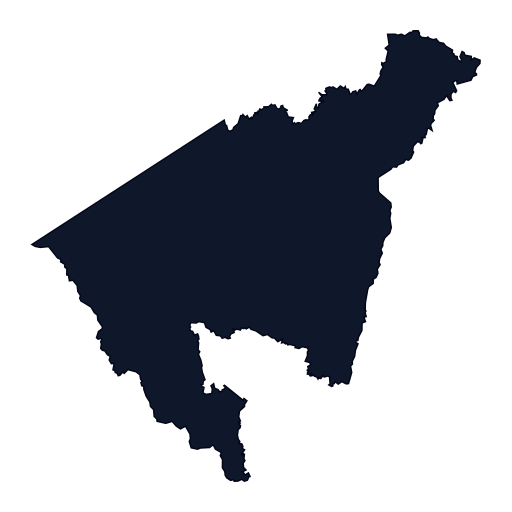 Maceo, Antioquia, Colombia
{"feature_id": "7082276B28427937115124", "entity_name": "Maceo", "entity_type": "district", "adm_level": 2, "iso_a3": "COL", "parent_name": "Colombia", "parent_adm1": "Antioquia", "projection": "natural_earth1", "projection_center": [-74.692, 6.525], "detail": "fine", "context": "isolated", "style": "filled", "palette": "ink", "viewbox_px": 512, "rotation_deg": 0, "n_neighbors": 0, "source": "geoboundaries", "source_scale": "gbopen_adm2", "svg_char_len": 5998}
<svg xmlns="http://www.w3.org/2000/svg" viewBox="0 0 512 512"><path d="M109.2,360.0L111.4,363.7L114.2,363.4L113.0,369.8L114.9,370.7L115.3,372.6L117.0,373.0L118.2,375.7L119.9,375.3L123.0,371.8L124.2,373.4L127.8,369.6L136.1,371.8L139.9,374.8L140.6,379.0L142.1,381.5L140.9,382.7L141.9,385.9L143.8,386.2L143.8,389.3L146.2,396.2L149.9,402.1L150.5,406.5L153.6,409.6L154.2,416.5L156.8,418.9L157.1,421.3L165.7,423.3L172.2,421.4L176.3,426.1L180.4,428.9L185.5,426.2L190.0,434.1L190.4,438.9L189.3,441.4L191.2,447.8L197.5,449.2L200.4,448.0L209.7,447.5L212.1,445.3L213.6,445.5L215.4,449.1L221.4,452.6L220.3,455.7L222.5,459.5L222.4,467.8L224.8,471.5L225.2,475.2L226.7,477.8L230.6,480.4L233.2,479.7L234.3,481.3L238.2,481.0L241.6,479.3L244.4,481.2L247.4,480.2L248.9,476.7L250.0,476.5L248.4,472.9L245.0,475.0L242.8,471.6L246.0,470.0L243.6,467.5L243.2,463.3L244.9,460.5L243.9,458.9L244.4,454.3L243.3,453.6L242.4,455.3L241.3,454.4L244.6,449.8L242.3,448.5L242.9,446.3L241.7,443.8L238.7,443.3L239.8,441.5L238.3,439.3L237.4,435.3L238.1,429.8L240.2,427.5L240.5,425.6L239.2,424.4L240.2,423.1L238.6,422.3L240.4,421.0L238.7,416.9L239.5,411.1L244.6,406.4L244.4,404.6L246.9,400.8L244.0,398.5L243.1,400.3L224.5,385.3L223.8,385.8L225.2,387.3L224.9,388.6L222.3,389.9L221.8,391.5L219.6,391.7L217.9,389.5L214.8,388.4L213.6,383.7L211.0,385.8L212.3,388.9L211.8,393.5L206.1,394.4L202.9,392.9L204.0,387.4L201.8,386.5L201.0,384.9L202.9,384.4L203.3,381.0L205.0,379.7L202.3,372.3L201.5,367.7L202.1,365.6L200.8,360.0L198.4,354.3L199.7,351.7L198.1,349.8L198.6,342.7L197.5,340.7L198.9,339.2L198.5,336.1L197.6,333.9L194.4,335.1L192.6,331.4L190.3,330.8L189.8,327.7L190.6,327.0L189.7,325.2L190.9,322.7L196.4,323.0L198.5,321.6L204.4,322.6L206.0,327.3L210.2,329.6L211.1,332.1L213.8,330.8L216.3,335.3L220.4,335.8L222.2,338.3L224.9,337.3L228.1,338.8L230.3,338.1L229.5,336.3L231.1,333.8L234.2,332.5L233.2,329.4L234.4,330.4L236.4,329.1L240.5,330.0L241.4,327.7L243.5,328.6L245.0,327.9L246.2,328.9L249.4,327.1L250.9,329.2L256.1,331.0L263.0,335.7L267.4,334.5L272.2,337.9L274.4,338.0L277.8,341.7L282.5,339.2L281.6,342.9L283.6,342.4L285.5,343.9L286.7,343.2L287.8,344.9L289.5,344.4L295.3,345.7L295.1,347.6L299.0,348.5L302.1,346.7L307.7,347.9L308.4,350.8L307.4,351.9L307.5,355.6L305.2,361.3L309.9,362.5L310.5,365.0L307.8,366.5L308.5,369.2L307.3,370.1L308.9,371.1L307.6,372.0L307.4,374.1L309.0,374.1L309.8,375.4L311.2,374.1L311.0,375.9L313.9,375.1L314.4,376.2L316.9,377.0L318.0,379.0L318.6,377.9L320.8,378.5L323.1,375.4L324.2,377.0L327.8,376.0L329.5,376.7L330.1,383.8L328.8,384.9L331.6,386.5L332.9,385.9L333.0,383.4L334.2,383.6L335.3,381.7L338.2,384.1L341.8,381.6L346.2,383.9L348.5,383.6L351.7,372.5L350.5,366.0L352.4,364.2L352.3,361.1L354.6,356.5L355.4,350.4L358.0,343.8L355.8,342.4L355.9,340.8L357.8,340.5L358.5,337.0L361.9,330.5L362.1,323.0L365.5,321.6L363.8,317.2L366.2,316.6L365.1,312.6L365.9,311.0L365.2,310.0L365.4,302.6L367.7,289.5L368.7,286.7L373.2,283.4L373.3,279.1L376.0,277.5L377.9,273.3L377.3,269.0L380.1,264.7L379.1,262.5L379.6,258.7L382.3,253.1L380.8,249.2L382.7,245.9L382.9,242.4L384.8,237.8L389.7,233.0L391.3,227.5L389.8,218.4L390.7,213.3L389.8,210.3L391.2,207.2L390.8,203.0L379.4,193.0L378.3,190.9L378.1,177.5L390.9,169.2L392.6,166.8L396.5,167.1L398.1,164.8L403.6,162.7L405.7,159.4L408.5,160.2L411.0,158.1L413.6,152.1L412.6,150.4L413.3,146.1L417.2,141.9L419.5,142.0L420.8,143.7L421.8,143.2L422.8,138.9L421.8,137.6L425.2,137.6L424.7,135.3L426.1,134.6L427.4,128.6L428.9,128.2L432.1,130.5L430.6,125.5L431.1,123.5L434.2,120.3L433.1,118.9L433.3,115.7L434.6,113.8L435.0,110.1L438.3,105.7L437.3,102.8L443.9,99.4L446.5,95.5L449.8,100.6L451.9,100.3L450.9,97.7L451.0,94.2L453.2,91.2L455.6,92.5L456.6,90.7L452.8,82.6L455.0,80.7L456.8,80.7L457.2,84.0L471.0,80.2L472.7,76.6L476.5,75.0L476.4,73.7L474.7,72.5L476.4,67.4L479.9,63.5L480.1,60.2L474.2,57.9L471.3,60.0L471.3,56.4L464.9,55.2L464.1,52.6L462.1,51.5L460.0,56.6L461.5,59.8L460.6,61.8L457.7,59.7L457.2,56.6L454.3,55.8L453.9,53.9L452.2,53.1L452.5,50.1L445.6,46.0L443.6,43.3L439.0,42.4L436.1,38.9L433.6,39.7L429.6,38.6L427.8,37.0L426.5,37.9L421.6,37.4L419.3,35.2L419.4,33.0L418.1,30.7L413.1,30.8L411.5,32.7L409.9,32.3L404.9,35.9L401.3,34.2L397.9,35.2L394.9,34.2L387.6,34.3L389.2,45.1L385.3,48.2L388.2,51.0L386.1,59.7L386.7,61.4L383.3,63.4L381.9,62.7L381.6,64.4L383.1,67.3L380.8,71.0L380.2,74.0L380.9,75.5L374.3,86.1L368.9,84.2L367.2,84.5L361.7,91.4L360.2,89.5L359.4,89.9L356.8,94.2L355.7,90.9L352.6,91.9L351.4,94.2L350.0,93.8L348.2,89.2L346.1,89.2L345.2,86.6L344.2,88.4L340.3,86.0L336.9,89.3L333.0,86.9L331.8,87.7L329.5,86.9L325.8,88.4L326.2,90.4L325.1,91.0L326.9,93.7L326.6,94.8L321.8,94.7L318.6,92.3L322.2,96.7L319.9,98.4L320.6,100.0L319.2,99.8L318.9,100.9L322.5,101.5L323.2,100.6L323.5,101.4L319.0,104.1L318.2,107.9L316.4,106.8L316.4,103.8L314.2,108.8L315.9,111.4L311.6,112.4L311.8,113.3L313.7,113.4L312.6,115.2L311.8,114.2L309.9,115.2L308.9,117.0L309.3,118.8L307.3,120.4L306.0,119.7L303.9,120.5L301.5,123.4L298.1,122.6L295.3,123.9L294.5,122.8L293.0,124.0L292.0,121.2L293.4,117.6L288.3,117.0L286.5,112.4L285.3,112.0L286.2,110.3L287.8,110.4L283.3,107.8L282.6,105.5L281.0,106.0L280.7,107.7L279.0,109.2L276.8,108.4L275.0,104.9L272.5,105.4L271.4,104.3L268.6,106.7L263.9,106.9L264.0,108.0L261.8,109.7L259.8,109.0L258.9,111.2L258.0,111.2L257.7,113.6L256.8,112.4L254.8,112.9L255.2,114.0L254.1,114.5L252.5,118.2L251.7,117.5L251.2,118.5L251.1,117.5L249.0,119.1L247.2,115.6L245.2,117.2L242.9,114.5L241.9,116.0L240.7,115.7L238.1,123.7L233.7,127.4L232.8,130.0L229.5,131.3L227.6,129.8L226.6,125.5L225.4,125.2L224.2,120.1L31.9,244.5L35.2,246.4L40.2,247.4L48.6,246.6L57.6,258.0L61.1,259.5L60.6,261.8L64.9,264.4L64.7,267.0L66.9,268.8L66.7,274.9L68.5,275.4L69.4,280.8L72.8,280.2L77.2,285.6L77.8,291.4L80.5,295.7L79.7,298.2L80.9,300.9L91.0,307.0L94.3,312.6L97.4,315.1L97.8,320.1L102.5,326.9L102.0,328.9L98.5,331.5L96.5,337.7L98.1,339.2L101.0,338.4L102.1,339.0L100.7,341.7L101.4,344.1L100.7,348.4L102.4,350.3L104.8,350.8L107.3,354.6L110.3,356.5L109.2,360.0Z" fill="#0f172a" stroke="#020617" stroke-width="1.5"/></svg>